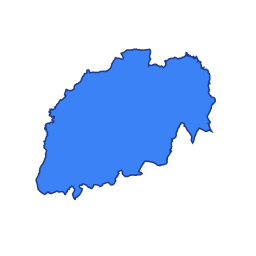 outline of Trinidad García de la Cadena, Zacatecas, Mexico, rotated 200°
{"feature_id": "50627088B14065346793117", "entity_name": "Trinidad García de la Cadena", "entity_type": "district", "adm_level": 2, "iso_a3": "MEX", "parent_name": "Mexico", "parent_adm1": "Zacatecas", "projection": "natural_earth1", "projection_center": [-103.511, 21.223], "detail": "fine", "context": "isolated", "style": "filled", "palette": "blue", "viewbox_px": 256, "rotation_deg": 200, "n_neighbors": 0, "source": "geoboundaries", "source_scale": "gbopen_adm2", "svg_char_len": 5836}
<svg xmlns="http://www.w3.org/2000/svg" viewBox="0 0 256 256"><g transform="rotate(200 128 128)"><path d="M160.0,195.9L159.4,195.1L157.5,193.8L157.2,193.1L156.2,192.3L156.3,191.5L156.6,190.9L157.4,190.5L160.4,190.5L161.6,189.9L163.9,189.8L163.8,187.9L164.6,186.0L164.7,183.8L165.2,182.6L164.8,181.6L164.8,178.8L165.4,177.1L167.1,174.5L167.9,174.3L168.2,173.6L168.8,173.3L171.5,172.6L172.5,171.7L173.2,171.7L174.8,170.1L178.4,168.8L180.2,168.4L182.9,166.7L184.0,168.5L184.8,169.0L185.3,169.0L186.1,168.4L186.2,167.9L185.6,165.6L186.0,164.8L187.5,164.3L187.5,162.6L188.1,161.1L188.4,155.1L189.5,154.1L189.9,152.9L190.7,152.1L191.5,151.8L192.7,149.8L192.7,148.3L191.9,146.7L193.7,143.9L195.2,143.5L196.1,143.0L197.3,143.0L197.8,142.5L198.9,143.3L199.3,143.0L199.0,137.4L197.3,137.1L197.8,135.6L199.5,131.9L201.2,131.3L201.9,128.6L201.7,127.8L202.9,125.8L202.8,125.0L203.4,122.9L203.9,122.6L203.1,122.1L203.4,121.2L205.0,119.2L205.9,119.4L206.2,119.7L206.7,119.0L207.5,118.9L206.6,117.9L207.0,117.4L207.7,117.0L207.8,116.7L207.5,115.9L207.2,115.6L206.0,115.9L205.7,115.2L206.3,113.8L206.4,113.4L206.0,112.8L205.2,112.6L203.9,113.2L203.3,112.2L202.6,112.5L201.7,113.6L201.1,113.5L200.8,112.6L200.9,112.1L202.1,110.6L202.3,109.6L201.8,109.1L200.2,109.2L199.8,108.1L199.8,107.7L200.5,107.2L201.1,107.5L201.8,107.4L202.9,106.5L203.3,105.4L204.5,105.3L205.6,104.4L206.2,103.9L206.5,102.3L205.9,102.0L206.1,101.2L205.6,100.4L206.2,99.8L206.0,98.7L205.4,98.4L204.3,99.1L204.0,97.3L203.2,97.1L202.7,96.4L202.1,96.2L201.8,93.9L201.1,93.4L201.1,93.0L201.7,91.9L201.4,87.6L202.3,86.8L201.7,86.6L201.9,86.2L201.3,85.6L200.8,84.5L200.7,83.6L201.0,82.9L200.2,81.5L200.2,80.8L197.2,79.4L196.7,78.5L196.6,75.3L196.0,74.8L195.5,72.9L195.5,67.5L195.8,65.1L196.2,64.3L197.0,60.1L196.5,58.4L196.5,57.2L196.1,56.9L195.8,55.7L195.9,55.0L196.4,54.6L195.9,52.6L196.7,48.9L196.4,47.2L194.2,44.5L192.7,41.7L191.9,40.8L191.7,39.9L189.4,38.6L186.0,37.4L183.5,37.2L182.6,38.2L182.1,40.0L181.0,39.8L180.4,40.8L179.9,40.7L179.2,39.9L177.9,40.0L175.2,42.5L174.8,42.6L174.5,43.2L173.0,44.6L171.1,44.1L169.2,45.3L167.0,45.8L165.9,45.2L164.7,44.0L164.1,44.2L163.9,46.6L163.3,47.4L163.7,48.5L163.6,49.0L162.8,50.2L162.1,50.6L162.4,52.2L161.9,52.4L161.2,54.0L160.7,53.7L160.0,54.2L159.4,54.0L158.8,53.1L157.5,52.6L156.9,51.7L156.8,50.0L157.3,48.1L157.4,46.7L155.0,43.7L153.5,42.7L153.3,42.8L153.3,45.0L152.1,45.9L151.8,47.2L151.1,47.7L150.5,49.4L149.9,54.0L150.1,55.2L151.0,55.4L152.4,55.2L153.7,56.4L153.7,57.6L153.2,58.1L151.8,58.3L151.6,58.8L151.7,59.8L150.8,60.2L147.6,60.1L145.3,58.9L141.4,58.7L140.7,61.0L140.6,62.7L139.9,63.4L136.9,64.2L135.2,63.9L134.3,63.4L132.4,65.3L132.7,66.2L132.5,66.7L128.6,70.0L126.7,69.8L125.0,68.7L123.6,69.0L122.3,70.2L121.9,71.4L122.0,72.6L121.5,73.9L121.5,74.4L122.2,75.1L122.7,76.2L121.6,78.3L121.9,79.2L121.3,79.7L121.6,80.2L121.1,82.4L122.1,82.8L122.2,83.7L120.3,85.6L119.9,86.0L119.3,85.9L118.4,85.0L117.5,82.9L114.1,81.5L113.0,81.7L112.4,82.3L111.6,82.3L109.9,84.3L108.8,84.7L108.1,85.3L103.9,86.4L103.1,87.6L101.4,87.8L100.6,88.2L99.1,89.9L100.2,90.6L103.0,90.6L103.1,91.3L101.8,99.0L101.4,99.8L101.1,102.1L100.7,102.6L98.1,103.5L92.9,104.3L89.7,104.0L87.5,103.1L86.2,103.5L85.2,103.4L84.6,103.9L84.3,104.7L82.0,105.6L80.9,106.9L79.9,107.3L79.6,107.9L79.6,109.7L80.4,110.8L80.2,111.8L80.4,112.2L80.8,112.2L80.9,112.8L80.7,115.5L79.9,117.5L80.2,118.7L79.5,119.6L80.4,120.7L79.6,120.6L79.3,121.0L79.8,121.6L80.6,121.6L80.9,121.9L81.0,122.3L80.6,122.7L80.3,123.7L80.7,124.8L80.6,125.4L81.5,126.9L82.4,129.9L81.6,130.8L82.6,131.8L82.5,132.3L83.0,132.8L82.6,133.2L81.3,133.7L80.1,135.6L80.3,138.1L81.0,139.5L81.1,140.4L80.5,141.4L81.0,142.3L80.8,144.0L81.0,144.4L80.2,147.0L80.7,147.8L80.7,148.2L79.7,149.4L80.1,150.7L79.6,151.3L77.6,151.4L76.5,151.0L76.1,150.7L76.1,149.4L75.7,148.8L74.5,148.9L73.7,148.5L71.5,146.1L69.3,145.2L66.8,143.1L65.6,142.4L64.9,140.9L64.4,138.1L62.2,136.0L61.8,138.2L62.3,141.5L62.2,147.4L62.0,147.9L62.2,148.7L61.6,149.5L61.4,152.1L57.1,152.0L54.3,151.4L53.4,151.5L52.4,152.2L51.1,153.8L48.2,153.4L50.9,155.6L51.3,156.7L52.4,157.2L52.6,158.5L54.2,159.8L52.9,160.6L52.7,161.6L55.6,163.7L57.6,165.7L57.0,169.8L56.5,175.3L57.3,177.6L56.7,178.8L56.9,179.6L56.2,179.8L55.1,182.6L56.0,184.9L57.4,185.9L60.7,185.7L61.2,186.7L62.8,187.1L64.4,188.8L64.7,189.5L64.3,190.3L64.8,192.1L65.4,192.3L65.8,193.6L66.8,194.5L67.3,195.7L67.4,197.0L66.3,197.4L66.6,198.3L67.9,199.0L67.6,201.0L68.1,202.9L68.7,203.5L68.7,204.3L69.5,205.9L70.4,207.0L71.4,207.4L71.8,208.5L72.7,209.5L73.1,209.3L74.7,210.0L75.6,209.1L77.8,209.2L77.5,210.8L78.9,209.8L79.8,209.7L80.5,211.9L81.9,213.2L82.1,214.6L82.5,215.0L82.9,214.5L84.5,215.3L85.1,214.5L85.1,215.7L86.3,216.3L88.1,218.7L88.4,218.5L88.3,216.6L88.6,216.5L88.8,216.9L89.0,216.8L89.5,215.2L89.7,216.4L90.2,217.3L90.8,217.7L91.0,217.2L90.7,216.4L91.1,216.2L91.9,216.9L93.3,216.5L94.6,217.4L95.1,216.7L96.0,217.3L96.2,216.3L96.6,216.0L97.0,216.3L97.1,217.3L97.5,218.0L98.1,218.0L98.5,218.8L99.1,218.7L98.5,215.1L99.6,214.5L99.7,213.5L101.2,213.0L101.5,211.6L102.6,211.6L103.7,211.1L104.1,210.0L108.1,210.5L108.9,209.1L111.6,208.0L113.2,206.8L113.8,205.3L115.0,204.0L115.8,204.3L116.2,203.9L116.3,203.5L116.0,203.1L114.8,202.9L114.6,202.6L114.8,202.2L114.5,201.9L114.5,200.9L113.8,200.1L115.0,197.1L116.5,197.2L117.6,197.8L118.9,196.5L119.1,196.8L121.0,196.7L122.4,197.0L122.8,197.5L123.4,197.3L123.6,196.8L123.8,196.8L124.2,197.3L125.0,196.9L125.8,195.9L126.2,195.9L126.5,195.3L127.2,194.8L129.1,194.5L129.8,193.5L130.0,194.7L130.8,195.8L130.8,198.8L130.3,199.9L130.4,200.7L131.2,201.1L132.4,203.0L132.6,206.2L133.2,208.2L133.6,208.7L134.7,209.3L139.9,206.5L142.1,205.9L142.7,205.4L144.3,205.5L145.5,204.8L147.1,205.0L147.6,204.5L148.9,204.4L149.9,203.3L150.5,203.2L151.6,202.4L155.3,201.1L155.9,200.7L157.7,197.6L160.0,195.9Z" fill="#3b82f6" stroke="#1e3a8a" stroke-width="1.5"/></g></svg>